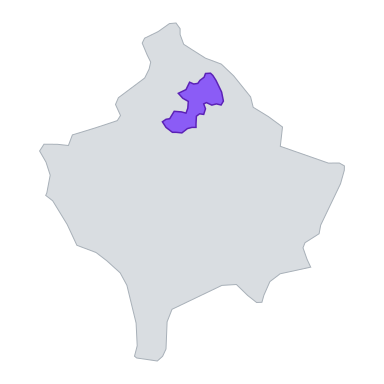 Kosovska Mitrovica highlighted on a map of Kosovo
{"feature_id": "KOS-5894", "entity_name": "Kosovska Mitrovica", "entity_type": "District", "adm_level": 1, "iso_a3": "XKX", "parent_name": "Kosovo", "parent_adm1": "", "projection": "mercator", "projection_center": [20.905, 42.931], "detail": "fine", "context": "in_parent", "style": "filled", "palette": "violet", "viewbox_px": 384, "rotation_deg": 0, "n_neighbors": 0, "source": "natural_earth", "source_scale": "10m", "svg_char_len": 1491}
<svg xmlns="http://www.w3.org/2000/svg" viewBox="0 0 384 384"><path d="M95.3,127.9L117.3,120.6L120.5,115.5L115.5,104.5L118.4,97.7L144.7,78.0L149.1,69.1L150.7,62.1L147.1,54.8L142.2,43.1L144.6,38.2L158.3,31.5L169.4,23.6L176.0,23.0L180.1,28.7L180.1,34.5L183.7,44.3L191.9,49.6L205.5,58.2L221.3,64.1L233.7,75.9L250.6,96.9L253.2,107.3L268.4,116.6L282.5,127.0L280.3,146.3L328.4,163.1L339.3,163.0L344.4,165.9L344.3,170.3L340.5,183.8L320.7,225.1L319.1,233.7L305.0,242.7L303.0,247.8L307.0,259.2L310.7,267.2L310.4,267.2L280.1,273.8L269.9,281.6L263.9,295.2L261.9,302.3L256.6,302.5L247.7,295.5L236.4,284.5L221.8,285.4L172.0,309.3L167.1,321.8L166.0,349.0L162.6,356.3L157.3,361.0L136.7,358.0L134.5,356.2L137.2,345.8L136.1,323.1L126.9,285.3L120.2,272.9L106.6,260.6L96.0,252.5L76.9,245.3L67.2,224.5L52.7,200.8L45.7,195.4L46.8,193.0L50.2,175.2L46.0,162.1L39.6,151.0L44.0,144.2L57.4,144.3L68.4,145.5L72.4,134.9L95.3,127.9Z" fill="#d9dde1" stroke="#a8b0b8" stroke-width="1"/><path d="M210.5,73.2L212.8,75.4L216.0,80.4L221.6,92.0L223.4,101.1L221.1,105.0L216.4,103.9L211.8,105.1L206.4,102.6L203.7,103.9L205.5,108.8L203.7,114.4L199.6,113.8L196.4,116.2L196.0,123.7L196.0,127.4L191.9,127.4L187.4,128.6L181.9,132.9L176.0,132.3L172.4,132.3L166.0,127.4L162.4,121.8L166.0,119.3L169.7,118.7L174.2,111.3L181.5,111.9L186.0,113.1L187.8,108.2L188.3,101.4L182.8,98.3L178.3,93.3L186.0,89.6L189.6,82.2L193.7,84.0L197.8,83.4L200.0,80.3L204.1,77.2L205.5,73.5L210.5,73.2Z" fill="#8b5cf6" stroke="#5b21b6" stroke-width="1.5"/></svg>